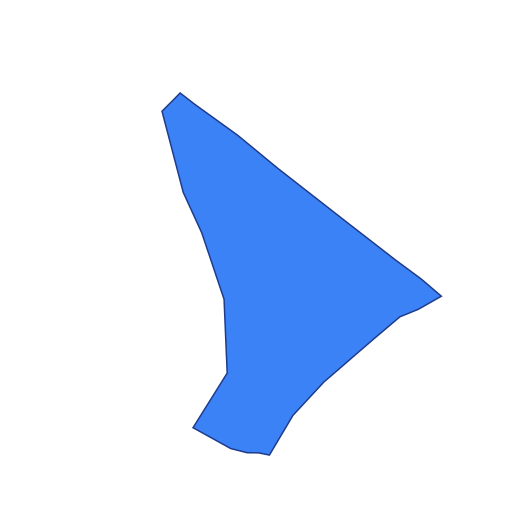 Santiago Tepetlapa, Oaxaca, Mexico, rotated 330°
{"feature_id": "50627088B27053474017051", "entity_name": "Santiago Tepetlapa", "entity_type": "district", "adm_level": 2, "iso_a3": "MEX", "parent_name": "Mexico", "parent_adm1": "Oaxaca", "projection": "robinson", "projection_center": [-97.399, 17.797], "detail": "fine", "context": "isolated", "style": "filled", "palette": "blue", "viewbox_px": 512, "rotation_deg": 330, "n_neighbors": 0, "source": "geoboundaries", "source_scale": "gbopen_adm2", "svg_char_len": 467}
<svg xmlns="http://www.w3.org/2000/svg" viewBox="0 0 512 512"><g transform="rotate(330 256 256)"><path d="M159.7,427.7L168.1,435.1L208.3,412.5L251.7,399.1L315.4,386.9L350.2,380.6L370.0,383.3L396.4,383.5L387.8,359.1L374.8,329.2L350.8,270.4L318.7,191.0L300.5,142.3L278.7,93.8L271.8,76.9L258.7,80.5L247.0,83.6L224.8,164.5L220.6,208.8L206.7,277.5L172.5,343.0L115.6,373.2L137.8,410.1L149.9,421.9L159.7,427.7Z" fill="#3b82f6" stroke="#1e3a8a" stroke-width="1.5"/></g></svg>